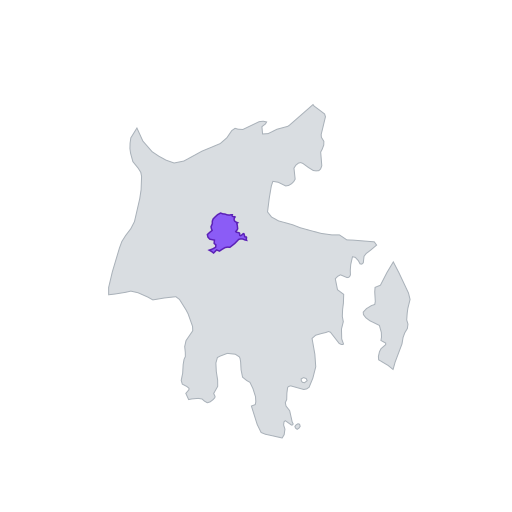 Kürdəmir highlighted on a map of Azerbaijan, rotated 231°
{"feature_id": "AZE-1706", "entity_name": "Kürdəmir", "entity_type": "District", "adm_level": 1, "iso_a3": "AZE", "parent_name": "Azerbaijan", "parent_adm1": "", "projection": "equal_earth", "projection_center": [48.132, 40.282], "detail": "fine", "context": "in_parent", "style": "filled", "palette": "violet", "viewbox_px": 512, "rotation_deg": 231, "n_neighbors": 0, "source": "natural_earth", "source_scale": "10m", "svg_char_len": 4417}
<svg xmlns="http://www.w3.org/2000/svg" viewBox="0 0 512 512"><g transform="rotate(231 256 256)"><path d="M337.8,395.6L336.0,395.5L323.2,398.7L320.5,397.6L309.4,383.1L307.1,381.5L302.4,380.9L299.6,378.5L297.3,374.6L296.1,371.7L284.7,363.9L283.0,361.0L282.8,358.5L284.4,356.2L286.4,354.3L291.9,352.4L298.4,350.7L300.5,349.5L301.5,347.4L301.5,344.1L300.4,340.8L291.1,334.8L290.1,332.2L289.8,329.1L290.3,325.8L291.7,323.2L299.3,319.7L303.4,316.1L300.8,312.0L292.7,302.8L283.0,292.7L276.5,292.6L269.1,295.6L257.1,304.2L250.5,307.9L241.9,314.0L232.5,320.9L224.8,328.1L219.9,334.1L211.4,336.7L207.0,341.7L192.6,356.8L188.6,356.6L188.4,349.2L188.6,343.2L187.8,339.8L183.2,335.1L183.1,333.1L184.4,331.9L187.9,332.6L192.5,332.3L194.7,330.5L189.8,324.3L185.5,320.2L181.9,317.5L181.1,315.8L181.1,314.6L181.9,313.2L188.2,309.8L188.8,306.7L188.4,303.3L178.5,298.1L171.0,300.0L164.4,294.3L160.1,289.8L154.8,285.1L150.0,282.5L145.5,276.5L137.6,270.4L132.5,268.6L132.6,267.7L133.6,266.6L135.7,265.6L149.9,265.9L151.7,264.8L152.6,262.1L154.5,258.2L156.9,252.5L156.7,247.7L142.6,239.9L132.3,232.7L125.3,223.3L120.6,214.7L120.8,211.8L122.2,209.1L133.3,201.2L134.1,199.1L133.9,197.8L130.0,193.7L125.1,189.5L123.6,186.5L120.5,184.9L114.6,184.8L104.3,179.7L102.1,179.2L101.7,178.2L102.2,177.2L109.6,175.1L109.5,173.4L107.3,171.1L103.2,169.5L99.4,165.4L98.1,161.8L111.6,151.1L115.6,148.9L124.3,150.9L142.3,158.0L141.0,161.9L142.8,164.1L147.0,167.1L154.9,170.2L161.6,171.8L165.1,170.4L170.3,169.3L177.0,172.8L183.2,177.3L186.3,179.1L188.0,179.6L192.7,178.1L198.4,172.4L200.7,165.4L201.4,162.1L198.1,157.5L191.3,152.5L183.7,148.1L178.8,144.2L175.8,136.6L172.6,135.8L171.8,134.8L171.4,132.2L171.5,128.5L172.6,125.8L175.7,124.6L178.8,124.1L181.7,121.5L185.3,116.2L186.8,113.3L193.4,115.0L194.3,119.7L195.4,120.7L198.2,120.1L202.8,118.1L206.4,119.6L211.0,125.2L217.5,131.1L221.0,135.1L222.3,137.8L225.6,140.4L230.5,143.6L234.3,148.4L237.7,159.8L241.2,162.4L253.7,166.8L258.1,167.7L270.4,169.2L274.8,168.1L281.1,158.3L286.8,148.2L292.1,146.1L301.7,141.2L307.5,136.6L309.9,131.7L315.3,122.3L318.6,117.1L324.3,121.7L334.1,134.4L348.2,155.0L351.7,160.9L354.0,167.7L356.0,175.9L359.2,183.2L373.6,201.6L379.8,208.4L389.9,217.2L393.5,219.1L398.2,219.7L406.8,219.7L414.8,223.2L418.8,225.6L422.9,229.1L426.6,233.1L430.4,244.0L416.5,240.4L402.5,240.9L394.7,243.3L387.1,246.4L379.8,250.9L375.2,259.7L371.5,279.9L365.9,298.9L366.2,307.7L368.7,316.1L368.4,320.1L365.9,321.8L362.6,325.4L358.4,343.0L356.2,346.4L353.5,348.6L352.7,346.5L352.8,342.0L346.7,337.9L343.5,342.4L341.3,352.1L336.8,362.2L336.6,364.2L337.8,395.6ZM131.5,216.5L132.1,213.8L130.4,212.6L128.6,212.6L127.0,213.9L126.9,217.3L129.1,217.9L131.5,216.5ZM84.6,295.4L82.6,292.6L81.6,291.1L87.8,289.8L98.1,286.0L100.9,287.9L103.9,291.7L105.3,294.9L105.5,301.0L106.7,302.0L111.7,299.9L113.9,302.4L117.7,305.3L124.4,308.2L134.1,303.7L138.9,302.5L142.8,302.6L144.9,304.0L145.6,308.8L144.8,314.6L143.6,317.8L145.6,320.1L153.4,325.7L156.7,328.8L155.0,334.3L160.8,347.5L162.7,352.7L165.0,359.0L152.9,356.5L131.3,351.2L125.3,348.4L119.7,341.0L116.4,337.5L111.5,332.9L107.4,331.2L104.4,328.0L102.7,323.3L100.2,319.1L95.8,314.1L85.9,297.2L84.6,295.4ZM99.2,183.1L97.8,184.0L95.8,183.1L95.2,181.1L95.4,178.9L97.5,178.4L99.1,179.0L99.5,181.0L99.2,183.1Z" fill="#d9dde1" stroke="#a8b0b8" stroke-width="1"/><path d="M310.6,244.0L311.8,246.1L312.1,248.9L312.3,252.1L311.7,255.5L309.7,256.7L308.1,258.3L306.1,259.5L304.5,261.1L304.0,262.2L303.0,263.5L302.7,263.0L302.2,262.7L301.7,262.7L301.3,262.9L301.0,263.1L300.7,263.2L300.0,264.1L299.5,264.3L299.0,262.9L298.6,262.3L298.0,261.9L297.5,261.6L296.4,261.4L295.3,261.7L293.3,262.7L293.4,261.6L293.1,261.3L292.6,261.2L292.0,261.0L288.7,258.9L288.2,257.9L287.8,255.7L286.8,255.7L285.6,256.8L284.3,257.6L283.7,257.4L283.0,256.8L282.2,256.4L281.5,256.8L281.3,257.5L281.3,258.4L281.4,260.2L281.0,260.6L280.3,260.4L279.2,259.9L278.9,259.8L278.3,259.4L278.0,259.4L277.6,259.6L277.1,260.3L276.6,260.4L276.2,260.2L275.2,259.0L274.7,258.8L274.1,258.6L275.6,257.4L277.4,256.5L278.8,255.0L279.8,253.1L279.1,247.3L279.2,241.2L280.8,239.5L282.0,237.3L282.5,234.1L282.8,230.7L285.5,229.2L285.0,224.9L287.5,224.3L290.0,223.3L288.8,226.7L288.2,230.2L289.9,231.8L292.1,231.4L293.2,232.4L294.5,233.7L296.3,232.2L298.1,230.7L300.8,230.5L303.3,231.7L303.5,234.9L303.5,238.0L305.4,238.6L307.1,239.5L308.5,242.3L310.6,244.0Z" fill="#8b5cf6" stroke="#5b21b6" stroke-width="1.5"/></g></svg>